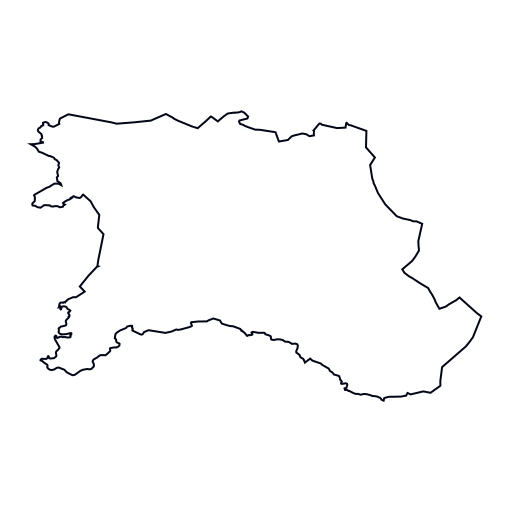 Konstantinovas pag., Dagdas, Latvia (Natural Earth projection)
{"feature_id": "27541924B71818546023925", "entity_name": "Konstantinovas pag.", "entity_type": "district", "adm_level": 2, "iso_a3": "LVA", "parent_name": "Latvia", "parent_adm1": "Dagdas", "projection": "natural_earth1", "projection_center": [27.393, 56.066], "detail": "fine", "context": "isolated", "style": "outline", "palette": "ink", "viewbox_px": 512, "rotation_deg": 0, "n_neighbors": 0, "source": "geoboundaries", "source_scale": "gbopen_adm2", "svg_char_len": 5883}
<svg xmlns="http://www.w3.org/2000/svg" viewBox="0 0 512 512"><path d="M37.7,207.2L40.5,207.7L44.2,205.2L44.8,205.1L49.8,205.4L50.6,206.2L53.0,206.6L55.0,206.1L57.3,206.1L60.0,207.3L62.9,206.7L63.3,205.7L64.9,204.6L63.4,203.9L63.0,203.0L64.8,201.6L68.1,199.8L69.3,199.6L71.7,198.0L71.2,197.7L73.6,196.2L76.5,197.5L79.8,198.0L81.2,197.0L82.7,194.9L83.2,194.6L90.6,201.3L94.1,207.6L99.3,214.9L97.9,227.0L98.0,228.1L103.5,234.2L98.3,259.9L97.4,266.1L98.0,266.3L97.0,266.7L88.4,275.8L79.8,286.5L84.7,291.6L76.1,297.2L73.1,297.2L70.9,298.1L68.8,299.0L67.1,300.0L66.4,301.1L65.3,301.6L65.1,302.4L64.0,302.2L63.1,302.8L62.3,302.5L60.9,302.6L60.2,303.0L59.4,304.1L59.2,305.2L60.2,306.2L59.8,306.6L59.0,306.8L58.8,307.3L59.5,307.1L60.1,307.4L60.4,309.1L60.7,309.4L61.0,309.3L61.7,307.2L62.2,306.6L63.7,306.3L65.5,306.6L66.4,307.1L67.6,309.0L69.5,309.9L70.3,310.7L69.8,311.5L68.2,312.5L68.3,313.5L69.4,314.7L69.5,315.9L68.8,316.4L69.1,316.7L68.9,317.2L65.9,320.5L65.8,321.6L66.4,323.7L66.1,325.0L65.7,325.4L64.3,325.9L60.8,326.6L59.9,327.6L59.0,328.0L58.7,328.4L58.9,330.4L58.6,332.2L58.8,332.7L60.3,334.0L62.8,334.4L66.9,334.0L70.3,333.1L71.3,333.2L71.4,333.7L70.9,334.1L71.1,334.7L70.3,335.2L70.6,336.4L70.5,336.9L69.8,337.4L67.3,337.5L64.2,336.9L62.8,337.2L61.6,336.7L60.7,336.7L59.6,336.9L57.2,338.0L56.4,337.3L56.4,336.1L55.7,335.6L55.3,335.7L54.5,337.0L54.6,338.1L55.2,339.7L59.4,347.1L59.5,347.9L58.0,349.8L56.4,351.3L56.0,352.1L55.9,353.2L56.4,355.3L56.2,356.4L53.9,358.2L50.3,358.5L49.4,358.3L48.9,357.6L48.7,356.4L48.3,356.1L47.9,356.3L47.5,358.0L46.3,358.9L41.7,358.8L41.3,359.0L41.0,359.7L40.5,360.0L40.5,360.4L42.1,360.9L44.0,362.6L47.2,364.7L47.6,365.9L47.2,367.0L47.5,367.8L48.9,369.2L50.4,369.9L52.1,370.0L54.1,369.5L56.7,367.9L58.7,367.5L64.3,369.7L66.9,372.4L72.4,375.2L74.2,375.0L75.3,374.5L80.3,370.9L82.7,369.8L87.1,369.0L89.3,369.3L90.8,369.1L91.6,368.7L93.6,366.7L93.9,366.1L93.8,364.2L93.2,362.5L92.7,361.9L92.8,360.7L93.6,359.5L97.5,357.3L98.1,356.6L100.5,355.1L105.5,355.2L106.6,354.4L110.1,351.2L110.3,350.3L109.9,348.9L110.3,348.1L114.3,347.4L116.4,347.5L118.4,346.5L119.3,345.7L119.6,343.9L119.0,343.3L117.2,342.6L116.3,341.7L116.0,339.3L114.8,338.3L115.5,334.0L117.0,332.5L120.2,330.4L125.6,328.2L126.6,327.5L127.1,326.6L128.0,326.3L130.5,325.7L132.1,325.9L132.2,326.4L131.8,326.9L131.8,327.3L132.3,328.2L132.7,328.4L132.7,329.5L132.3,330.1L132.5,330.6L140.8,334.5L141.8,334.6L142.9,334.0L144.0,332.1L148.5,330.2L165.4,332.9L171.7,331.5L176.2,329.5L178.2,329.9L181.0,329.4L189.4,327.1L191.8,326.1L191.9,325.6L190.9,323.1L191.4,322.2L198.1,321.5L206.8,321.4L208.6,320.3L213.4,318.5L220.0,320.5L221.4,322.9L222.3,323.8L229.7,326.0L233.2,326.3L240.2,328.9L241.6,331.0L242.6,331.5L242.6,331.2L245.0,333.3L247.1,335.9L247.5,335.9L248.4,335.1L250.4,335.2L252.3,334.6L252.4,333.8L251.5,332.8L251.5,332.5L252.8,331.8L258.1,332.8L264.3,332.8L265.0,333.3L265.4,334.3L268.3,335.1L270.5,336.1L270.8,336.5L271.0,339.0L271.3,339.5L272.0,339.7L273.7,340.0L277.1,339.3L280.1,339.4L282.8,340.1L285.0,341.6L288.7,341.9L292.1,343.9L295.0,343.6L297.0,344.1L297.7,345.1L297.8,345.9L297.5,348.3L296.5,350.4L296.2,351.7L296.3,352.5L299.5,354.9L300.4,357.2L303.2,358.9L303.9,359.9L303.9,360.5L304.4,361.1L304.9,362.6L310.2,358.6L312.4,360.6L320.5,363.4L321.5,364.0L321.8,364.6L328.7,368.6L329.7,370.3L329.8,370.9L332.2,372.3L334.0,374.5L338.8,375.9L339.2,376.3L339.9,378.2L340.2,379.8L341.0,380.4L341.8,381.7L341.0,383.0L341.2,383.7L342.1,383.9L345.4,383.3L346.5,383.5L347.1,383.9L347.3,384.9L346.4,387.9L344.6,388.3L344.6,388.9L345.1,390.0L347.2,390.0L348.5,391.0L349.2,390.9L353.9,393.3L355.7,393.9L358.0,393.9L360.7,394.7L363.7,394.0L366.3,394.1L370.9,395.3L372.2,396.0L374.4,396.1L376.9,396.5L379.8,397.7L381.2,398.9L381.5,399.7L383.6,400.7L384.3,398.0L388.8,396.8L401.1,396.6L405.4,395.7L406.0,395.8L407.6,393.0L410.6,394.4L423.3,391.4L430.5,392.8L439.9,386.1L440.4,385.6L440.3,381.2L442.1,367.1L465.8,346.5L469.3,342.2L472.9,337.3L481.3,316.4L477.0,313.2L459.5,297.5L456.2,300.2L448.8,304.4L446.0,306.5L439.4,308.8L435.4,301.7L435.1,300.4L433.0,296.3L431.7,294.0L430.1,291.7L428.2,288.1L419.0,282.6L412.1,278.0L409.0,276.3L404.3,272.7L402.3,269.3L412.2,260.9L415.8,255.9L419.0,250.5L418.5,245.3L418.3,241.3L422.2,223.8L416.4,221.3L413.1,221.3L410.4,220.1L402.8,218.5L396.7,216.2L385.3,204.4L378.0,193.1L374.9,185.6L373.6,183.2L373.4,181.4L372.3,178.7L370.1,165.0L374.9,157.5L366.0,147.4L366.4,130.9L350.7,125.3L348.7,124.9L346.7,122.8L346.2,123.2L345.5,127.6L337.1,128.1L321.8,124.7L320.6,123.6L319.3,123.6L313.7,130.3L314.0,130.4L313.8,134.0L314.0,135.4L309.5,136.2L306.2,134.2L302.4,133.5L294.0,135.5L291.7,136.3L287.9,140.0L278.9,141.5L275.5,132.2L259.9,129.8L255.0,129.6L245.8,126.3L243.0,124.8L240.1,123.9L239.0,121.6L239.5,120.5L247.4,118.5L248.1,116.5L244.3,112.7L241.4,111.3L239.8,112.1L238.3,112.4L234.3,112.8L234.2,112.6L227.8,113.5L223.8,116.3L217.8,121.4L212.3,117.3L210.8,116.5L206.0,121.0L197.7,128.2L191.9,126.4L177.5,120.5L173.5,118.4L173.2,117.9L165.9,114.0L150.8,120.6L134.5,122.3L116.6,123.7L111.5,122.4L68.4,114.3L60.1,118.5L59.7,119.2L59.0,122.2L59.0,123.2L59.3,123.9L54.0,126.6L52.5,126.7L48.6,125.1L48.6,123.6L47.3,122.6L46.2,122.2L45.1,122.0L43.0,122.8L43.1,124.5L43.3,125.0L42.8,125.5L41.2,126.1L40.4,127.5L39.2,127.9L38.3,128.9L37.9,130.0L38.2,131.4L41.4,134.1L41.9,135.6L41.7,135.6L42.2,138.0L40.6,139.4L40.5,141.5L42.9,142.1L43.0,142.7L34.5,144.1L30.7,144.2L35.2,146.8L37.2,148.9L38.8,151.7L42.0,152.7L48.9,156.0L50.0,156.0L53.7,157.6L54.2,158.1L54.7,159.1L56.6,160.1L59.0,162.7L58.9,163.8L58.3,165.0L58.4,165.7L59.2,167.4L58.0,169.4L57.2,172.0L58.1,176.0L56.8,177.4L57.4,181.1L60.3,183.0L60.9,183.9L61.3,185.2L59.3,184.0L58.2,183.7L54.2,183.7L49.5,186.7L46.4,187.9L34.4,194.8L34.1,195.3L34.9,197.2L34.8,200.9L33.7,202.2L32.5,203.2L32.3,203.9L32.3,204.7L32.4,205.2L32.9,205.6L34.8,205.7L37.7,207.2Z" fill="none" stroke="#020617" stroke-width="2"/></svg>